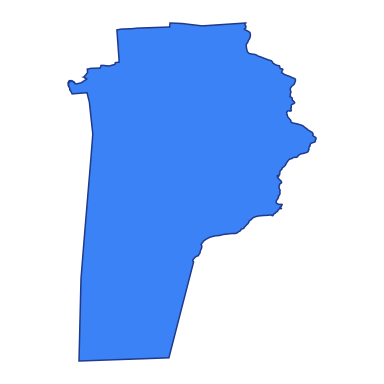 the district of Skútustaðahreppur, Norðurland eystra, Iceland
{"feature_id": "244011B58365339597746", "entity_name": "Skútustaðahreppur", "entity_type": "district", "adm_level": 2, "iso_a3": "ISL", "parent_name": "Iceland", "parent_adm1": "Norðurland eystra", "projection": "natural_earth1", "projection_center": [-16.6, 65.112], "detail": "fine", "context": "isolated", "style": "filled", "palette": "blue", "viewbox_px": 384, "rotation_deg": 0, "n_neighbors": 0, "source": "geoboundaries", "source_scale": "gbopen_adm2", "svg_char_len": 5626}
<svg xmlns="http://www.w3.org/2000/svg" viewBox="0 0 384 384"><path d="M170.0,23.0L169.7,27.0L137.7,28.1L131.8,28.7L121.2,29.1L116.9,29.9L119.2,62.1L115.5,62.6L115.2,62.9L115.2,63.5L114.8,64.2L114.3,64.6L113.8,64.9L112.9,64.9L109.4,66.0L105.0,65.6L103.7,65.4L101.0,65.4L100.9,66.4L100.5,67.1L100.2,68.0L90.2,68.4L89.0,68.9L87.3,69.1L87.6,72.6L83.9,77.0L83.6,77.1L84.2,77.3L84.7,77.4L84.7,77.5L84.9,77.6L85.0,77.8L85.3,78.0L85.2,78.1L86.1,78.4L86.2,78.7L86.4,78.8L86.1,78.9L86.2,79.1L86.5,79.2L86.4,79.3L80.8,83.0L79.8,83.1L76.3,84.0L75.7,83.7L75.0,83.6L74.7,83.4L74.6,83.2L74.3,82.7L74.0,82.5L74.1,82.4L74.3,82.4L74.1,82.2L74.0,81.9L73.9,81.9L73.2,81.6L72.6,81.4L72.6,81.2L72.5,80.9L71.8,80.8L71.8,81.0L71.6,80.9L71.0,81.0L70.8,80.8L70.8,80.7L70.5,80.8L70.2,80.7L69.5,80.7L69.5,80.8L69.0,81.1L68.9,81.2L68.7,81.4L68.6,81.8L68.8,82.1L68.9,82.4L68.9,82.5L69.0,82.5L68.3,83.0L67.9,83.1L68.7,84.7L68.6,85.0L68.1,85.2L69.8,88.5L69.7,89.8L70.9,91.3L72.1,93.9L87.0,92.7L88.4,98.4L89.3,101.7L92.8,134.1L90.9,158.4L84.1,239.8L81.0,278.7L79.0,361.0L168.9,357.8L181.2,309.9L193.6,261.9L193.4,261.6L192.6,260.8L192.7,260.5L192.8,260.2L193.2,259.7L193.4,259.1L193.9,258.7L195.0,257.3L196.2,256.5L197.0,256.1L198.1,255.8L198.4,255.6L198.5,255.3L198.5,255.1L198.6,254.8L199.3,254.0L199.9,253.1L200.3,251.1L200.8,249.7L201.6,248.1L201.8,246.2L201.8,245.7L201.1,244.6L201.1,244.3L202.3,242.9L203.6,241.1L204.6,240.3L206.0,239.3L207.8,238.3L210.0,237.2L212.9,236.4L215.1,235.9L216.4,235.7L218.9,235.6L221.6,234.9L223.6,234.4L226.0,234.2L230.0,233.7L232.4,233.5L235.2,233.5L235.8,233.4L237.3,232.8L237.9,232.4L238.4,231.9L238.8,231.6L240.6,230.6L240.7,230.4L240.7,229.8L241.2,229.3L241.8,229.0L243.0,228.7L243.8,228.2L244.0,228.0L244.4,227.2L245.7,225.8L246.9,224.5L247.9,223.7L248.3,222.9L248.9,222.2L248.8,221.6L248.8,221.4L249.6,220.7L251.1,219.7L252.6,218.1L253.5,217.5L254.7,217.0L257.4,216.2L259.3,215.9L263.4,215.5L266.5,215.4L270.2,215.0L271.1,215.1L271.5,215.2L272.0,215.6L272.7,215.7L273.3,215.0L273.4,214.9L273.3,214.5L273.7,214.2L273.9,213.9L274.3,213.7L275.4,213.0L275.9,212.3L277.4,211.5L277.5,211.4L277.5,211.1L277.6,210.9L277.9,210.5L278.2,210.0L278.8,209.5L279.1,208.9L279.5,208.7L281.0,208.7L281.4,208.5L281.4,208.4L279.9,207.6L280.2,207.2L281.3,206.4L281.7,205.4L282.1,204.9L282.1,204.5L281.5,204.3L279.8,204.4L278.7,204.3L278.2,204.2L276.8,203.3L276.3,202.8L276.2,202.3L276.1,201.2L276.9,199.9L277.6,199.1L277.7,198.8L278.1,198.0L278.4,197.7L278.5,197.4L278.4,196.9L278.5,196.7L278.3,196.3L278.4,196.0L279.0,195.6L279.2,195.3L279.3,195.0L279.7,194.5L279.9,193.9L280.0,193.4L280.0,193.0L279.8,191.5L279.9,191.2L280.1,190.6L280.1,190.3L279.8,189.6L279.3,188.6L279.0,187.0L278.9,186.7L279.5,185.4L279.5,185.2L279.4,184.7L279.5,184.3L280.0,183.9L280.7,183.4L281.3,183.0L281.5,182.7L281.6,182.4L281.5,182.1L281.0,181.4L280.9,180.7L280.0,180.1L279.1,179.1L278.7,178.8L278.3,178.3L278.2,178.2L278.1,177.7L277.5,177.3L277.4,177.2L277.5,177.0L278.1,176.7L277.5,176.5L277.4,176.3L277.2,176.0L277.3,175.8L277.5,175.5L279.4,175.1L279.5,175.0L279.8,173.4L279.9,171.7L280.2,170.9L280.6,170.4L281.4,169.7L281.9,169.1L282.2,168.1L282.7,167.5L283.8,166.8L285.2,165.4L285.9,164.2L286.6,162.8L288.4,160.2L289.0,159.6L289.6,159.2L290.6,158.9L292.0,158.5L292.8,157.8L293.3,157.5L296.5,157.3L296.9,157.2L297.4,156.9L298.2,155.7L299.6,154.5L300.1,154.2L301.5,153.8L302.7,153.6L306.3,152.6L307.2,152.2L308.0,151.7L308.3,151.2L308.4,150.4L309.0,149.5L308.8,148.7L308.9,147.4L310.0,146.1L309.9,145.4L310.3,144.9L310.2,144.3L310.4,143.9L311.0,143.3L312.7,142.7L313.7,142.4L314.8,142.0L315.4,141.2L315.4,140.9L315.3,140.4L315.3,140.1L315.5,139.8L315.7,139.5L316.0,139.0L316.1,138.7L316.0,138.0L315.6,137.4L313.6,136.2L312.8,135.5L312.8,135.3L313.1,134.3L313.1,134.0L312.3,132.5L311.9,132.2L308.3,130.1L307.6,129.6L306.8,128.7L305.6,128.0L303.3,126.1L302.4,125.5L297.5,123.9L292.9,123.0L292.1,122.7L291.4,122.3L291.1,121.9L290.9,121.4L290.7,120.3L290.4,120.0L289.3,118.7L288.7,118.1L288.1,117.4L287.6,116.4L287.4,115.8L287.2,114.8L287.2,114.6L286.8,114.2L286.7,113.9L286.7,113.7L286.8,112.8L286.7,112.4L287.2,111.5L287.8,110.8L288.5,110.8L289.3,111.0L290.1,111.1L291.2,110.8L291.3,110.4L291.3,110.0L290.9,109.3L290.7,108.7L290.8,108.3L291.3,107.9L291.3,107.7L291.3,107.4L291.2,106.9L291.3,106.5L291.2,105.8L291.4,105.0L292.0,104.4L293.2,103.9L294.0,103.5L294.5,103.0L294.7,102.8L294.3,102.0L293.8,101.3L293.0,100.7L292.5,100.6L292.2,100.2L292.3,99.5L292.3,98.3L292.3,98.2L291.8,97.7L291.4,97.4L290.0,96.6L289.9,96.5L290.1,96.0L290.4,95.1L290.3,94.2L290.4,93.7L290.9,92.4L290.9,91.8L290.7,91.5L290.3,89.2L290.3,88.7L290.5,88.1L291.7,86.3L294.0,84.4L294.5,83.5L294.8,82.5L295.2,81.6L295.4,80.8L295.5,80.2L295.4,79.4L295.2,79.1L294.9,78.7L294.0,78.2L292.9,78.0L289.5,76.3L286.8,75.4L284.7,74.6L282.6,73.2L281.6,72.7L281.6,72.4L281.7,72.0L281.9,71.5L282.2,70.7L282.8,69.6L282.8,69.3L282.6,69.0L280.5,68.6L280.0,68.2L279.9,67.9L279.8,67.4L279.8,66.6L279.4,65.8L276.9,65.3L274.9,64.4L272.8,62.9L272.1,61.5L271.4,60.8L271.0,60.6L268.0,59.8L259.9,56.6L258.7,56.3L257.9,56.0L256.9,55.3L256.1,54.9L255.3,54.6L254.5,54.4L251.0,53.9L249.9,53.7L249.3,53.5L248.3,52.7L247.7,52.1L247.4,51.6L247.2,51.1L246.8,49.6L246.2,46.0L246.2,45.2L246.5,44.0L247.5,42.6L248.0,41.7L248.3,40.6L248.7,39.9L249.7,38.4L250.3,36.5L250.4,35.0L250.2,33.5L249.9,32.5L249.7,32.3L248.5,31.5L246.5,30.4L244.9,29.8L244.4,29.3L244.4,29.0L244.4,28.9L244.8,28.5L245.7,28.1L245.9,27.7L245.9,27.3L245.8,26.8L245.8,25.9L245.7,25.7L245.3,25.3L245.0,24.9L244.9,24.6L244.9,24.3L245.0,24.1L245.4,23.6L245.7,23.0L202.1,25.9L182.0,23.5L170.0,23.0Z" fill="#3b82f6" stroke="#1e3a8a" stroke-width="1.5"/></svg>